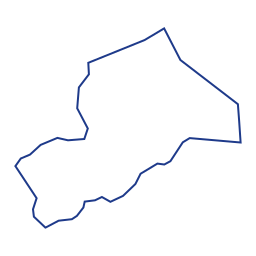 the district of Tonj North, Warrap, South Sudan
{"feature_id": "79223893B57741024830751", "entity_name": "Tonj North", "entity_type": "district", "adm_level": 2, "iso_a3": "SSD", "parent_name": "South Sudan", "parent_adm1": "Warrap", "projection": "orthographic", "projection_center": [28.767, 8.246], "detail": "fine", "context": "isolated", "style": "outline", "palette": "blue", "viewbox_px": 256, "rotation_deg": 0, "n_neighbors": 0, "source": "geoboundaries", "source_scale": "gbopen_adm2", "svg_char_len": 578}
<svg xmlns="http://www.w3.org/2000/svg" viewBox="0 0 256 256"><path d="M239.2,121.7L237.9,104.2L180.4,60.0L164.1,28.4L144.7,40.0L88.3,62.8L88.9,74.3L78.9,87.4L77.2,108.3L87.8,128.5L84.3,139.0L68.0,140.3L57.4,137.9L40.6,144.9L30.0,154.6L20.8,158.5L15.4,166.1L36.6,198.2L33.0,209.3L33.9,216.7L45.4,227.6L45.5,227.6L58.6,220.7L71.9,219.2L76.9,215.9L83.4,207.5L84.7,201.6L95.0,200.3L101.9,197.0L110.4,201.8L123.0,195.9L135.4,184.0L140.6,173.7L157.4,163.6L164.3,164.5L170.4,161.2L182.8,142.3L189.7,138.1L240.6,142.5L239.2,121.7Z" fill="none" stroke="#1e3a8a" stroke-width="2"/></svg>